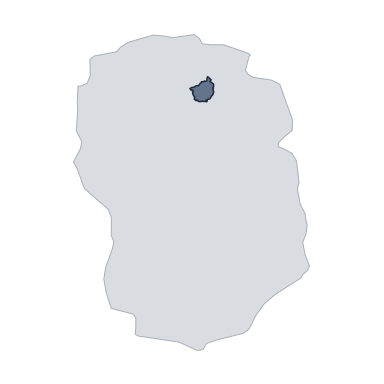 Zajas, Zajas, North Macedonia shown in context, rotated 96°
{"feature_id": "65306769B7192425425597", "entity_name": "Zajas", "entity_type": "district", "adm_level": 2, "iso_a3": "MKD", "parent_name": "North Macedonia", "parent_adm1": "Zajas", "projection": "albers", "projection_center": [20.901, 41.603], "detail": "fine", "context": "in_parent", "style": "filled", "palette": "slate", "viewbox_px": 384, "rotation_deg": 96, "n_neighbors": 0, "source": "geoboundaries", "source_scale": "gbopen_adm2", "svg_char_len": 1776}
<svg xmlns="http://www.w3.org/2000/svg" viewBox="0 0 384 384"><g transform="rotate(96 192 192)"><path d="M171.2,86.6L178.0,87.5L192.7,83.1L201.8,77.2L206.5,76.3L212.6,74.0L221.6,74.2L230.6,76.6L242.1,73.1L253.3,67.5L257.8,68.8L262.8,73.4L266.1,74.6L285.3,98.7L295.7,108.4L308.0,115.6L322.0,120.8L327.1,126.0L336.5,151.8L341.0,161.6L347.0,164.4L348.5,167.2L348.8,170.9L342.6,189.4L340.9,230.4L339.3,233.7L332.3,233.7L323.0,234.8L319.5,238.0L316.3,260.1L301.4,266.7L287.9,270.6L276.4,270.0L256.1,265.1L249.5,264.6L243.9,267.7L225.9,269.5L218.1,273.4L199.8,299.4L181.0,308.5L174.6,313.0L160.2,307.4L153.3,306.9L143.3,313.5L121.4,314.3L115.5,315.4L98.7,316.5L98.0,312.9L94.9,307.7L87.0,305.3L70.9,307.4L67.0,303.6L60.5,281.7L55.3,278.1L49.6,270.8L40.0,246.9L39.8,236.5L40.5,227.4L35.2,206.1L38.5,200.7L43.5,197.3L43.6,188.7L42.3,175.7L48.3,150.1L49.9,148.3L51.4,149.5L65.6,151.6L69.3,148.3L71.6,143.3L72.4,124.6L75.8,115.9L110.1,99.5L120.2,98.8L128.0,106.4L134.1,111.2L137.8,111.0L139.1,106.1L143.2,96.7L150.2,91.3L171.0,86.6L171.2,86.6Z" fill="#d9dde1" stroke="#a8b0b8" stroke-width="1"/><path d="M89.3,204.8L90.6,203.9L90.5,203.4L91.2,202.5L90.7,201.9L92.1,201.4L93.3,201.8L94.7,201.3L96.4,200.2L97.3,199.2L98.9,199.5L99.5,199.4L100.3,198.0L100.1,197.5L100.6,197.4L100.1,196.2L101.1,195.3L101.4,193.9L101.0,192.2L100.6,191.5L100.8,189.6L100.4,188.0L100.6,187.5L99.4,187.6L100.1,186.5L98.2,186.2L97.8,184.5L97.2,183.8L94.6,182.7L93.6,181.7L90.9,180.9L89.4,181.1L87.5,181.9L86.8,181.6L86.0,182.1L85.1,181.5L82.7,181.8L82.2,182.1L80.2,185.6L78.5,184.7L76.2,187.6L75.8,188.5L77.0,188.9L79.8,188.9L80.5,190.0L80.4,191.3L80.9,191.4L81.4,194.1L82.7,194.6L83.3,195.4L85.5,196.5L85.9,198.9L87.9,201.6L87.9,202.9L89.3,204.8Z" fill="#64748b" stroke="#1e293b" stroke-width="1.5"/></g></svg>